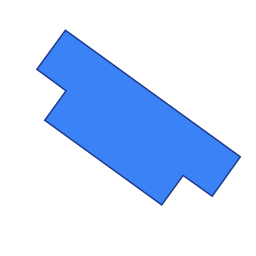 Red Lake, Minnesota, United States of America, rotated 36°
{"feature_id": "52423323B54609043510848", "entity_name": "Red Lake", "entity_type": "district", "adm_level": 2, "iso_a3": "USA", "parent_name": "United States of America", "parent_adm1": "Minnesota", "projection": "albers", "projection_center": [-96.095, 47.862], "detail": "fine", "context": "isolated", "style": "filled", "palette": "blue", "viewbox_px": 256, "rotation_deg": 36, "n_neighbors": 0, "source": "geoboundaries", "source_scale": "gbopen_adm2", "svg_char_len": 281}
<svg xmlns="http://www.w3.org/2000/svg" viewBox="0 0 256 256"><g transform="rotate(36 128 128)"><path d="M19.9,85.7L19.8,134.1L56.0,134.3L56.1,170.7L200.5,170.4L200.5,134.0L236.2,133.7L235.9,97.3L235.8,85.3L19.9,85.7Z" fill="#3b82f6" stroke="#1e3a8a" stroke-width="1.5"/></g></svg>